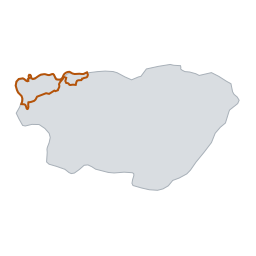 Bhutan, with Samdrup Jongkhar highlighted, rotated 179°
{"feature_id": "BTN-2492", "entity_name": "Samdrup Jongkhar", "entity_type": "District", "adm_level": 1, "iso_a3": "BTN", "parent_name": "Bhutan", "parent_adm1": "", "projection": "robinson", "projection_center": [91.574, 27.008], "detail": "fine", "context": "in_parent", "style": "outline", "palette": "amber", "viewbox_px": 256, "rotation_deg": 179, "n_neighbors": 0, "source": "natural_earth", "source_scale": "10m", "svg_char_len": 3018}
<svg xmlns="http://www.w3.org/2000/svg" viewBox="0 0 256 256"><g transform="rotate(179 128 128)"><path d="M209.4,108.2L209.0,110.0L207.1,114.7L205.9,119.8L206.9,124.0L211.1,129.0L216.8,133.0L224.0,133.3L230.7,131.8L233.3,132.4L236.9,139.1L239.5,144.8L236.0,150.8L234.1,156.0L233.4,159.7L233.9,161.3L236.0,164.3L238.5,169.5L238.9,174.2L237.3,177.3L233.9,178.8L230.2,178.4L227.2,178.4L223.4,179.0L217.5,180.7L212.0,183.0L201.8,182.6L197.6,177.9L195.7,177.9L186.3,183.9L176.1,182.9L157.6,184.9L149.8,185.3L141.9,184.7L137.8,183.4L130.3,179.2L123.6,176.1L116.6,178.9L114.2,179.4L108.6,186.7L96.6,189.1L84.7,190.8L81.1,189.9L74.4,189.4L74.1,187.7L74.3,186.1L72.8,184.8L70.1,183.4L65.4,182.9L59.3,181.1L55.9,179.3L43.6,181.9L36.4,178.1L28.4,172.8L24.3,170.5L22.8,162.4L21.4,159.8L18.2,157.0L16.4,153.8L17.9,150.5L26.0,144.3L26.7,142.9L30.5,131.3L35.7,127.1L40.9,121.3L44.8,112.0L52.3,102.5L60.6,92.7L66.3,84.8L70.0,81.1L77.7,77.1L84.2,74.8L88.7,69.5L94.1,66.5L99.6,65.2L107.8,65.9L115.5,67.8L124.0,70.4L125.0,72.6L124.3,76.3L123.0,80.2L123.0,82.1L124.3,83.2L132.6,83.9L142.7,83.3L148.4,83.9L161.1,87.4L164.8,89.9L168.7,91.8L172.5,91.5L177.3,87.4L182.4,83.9L185.5,83.4L187.8,84.5L191.8,87.8L200.2,90.9L207.6,93.2L210.0,95.5L209.2,105.0L209.4,108.2Z" fill="#d9dde1" stroke="#a8b0b8" stroke-width="1"/><path d="M239.3,173.6L238.8,176.3L236.4,178.9L232.3,179.5L231.1,178.9L229.0,177.0L227.8,176.5L226.8,176.8L227.0,177.8L227.0,179.0L225.6,179.7L226.4,180.7L226.4,182.0L225.9,182.9L224.8,182.8L224.1,181.7L223.9,180.4L223.5,179.3L222.3,178.6L220.3,179.0L216.1,181.9L214.1,182.9L210.9,183.3L209.8,183.2L206.8,182.3L205.6,182.3L203.2,183.2L202.0,183.3L201.1,182.5L199.6,179.0L198.9,178.0L198.0,177.7L195.3,177.5L194.3,177.7L193.1,178.6L192.5,179.8L191.9,181.2L191.1,182.7L190.3,183.5L189.2,184.3L188.1,184.8L187.0,185.1L185.6,185.2L184.7,184.8L182.7,183.5L180.4,182.9L175.7,183.1L173.3,182.8L171.4,182.8L168.1,184.4L167.2,182.1L167.2,181.7L167.3,181.5L167.5,180.9L167.6,180.5L167.9,179.9L168.4,179.5L168.8,179.3L171.7,178.6L172.6,178.0L173.0,178.1L173.8,176.7L176.9,176.6L178.1,176.1L178.8,174.9L179.5,172.0L180.4,172.1L182.3,172.3L184.9,172.0L185.5,172.1L185.9,172.3L186.3,173.0L186.8,173.5L187.5,173.9L189.0,174.1L189.8,175.9L189.8,176.3L189.7,176.7L189.5,177.0L188.9,179.3L190.8,180.0L191.6,179.7L192.3,178.2L192.9,177.6L193.4,177.0L194.1,176.2L195.0,175.2L196.0,173.5L196.2,172.9L196.1,172.4L195.9,171.4L196.0,170.5L196.1,170.0L197.3,167.7L197.4,167.0L200.0,166.1L200.9,166.7L201.0,166.7L206.3,163.5L209.3,164.2L218.4,160.9L219.9,158.1L221.3,156.8L224.3,155.8L226.1,155.5L227.0,155.5L227.2,155.4L227.2,155.1L227.4,152.6L227.2,151.1L227.4,150.0L227.7,149.1L228.0,148.8L228.4,148.7L228.7,148.9L228.9,149.2L229.1,149.6L229.4,150.8L229.6,151.3L229.9,152.1L230.0,152.4L230.2,152.7L230.5,153.0L231.1,153.4L231.7,153.5L232.3,153.6L234.1,153.7L234.3,153.8L234.1,154.1L233.7,155.2L233.3,156.5L233.1,158.0L233.1,159.4L233.9,161.9L237.3,165.4L238.4,167.9L239.6,172.4L239.3,173.6Z" fill="none" stroke="#b45309" stroke-width="2"/></g></svg>